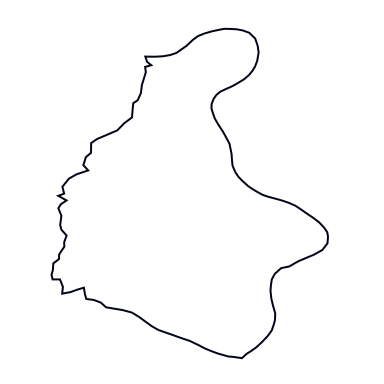 Vicente Dutra, Rio Grande do Sul, Brazil (Natural Earth projection), rotated 92°
{"feature_id": "56859067B48112165270880", "entity_name": "Vicente Dutra", "entity_type": "district", "adm_level": 2, "iso_a3": "BRA", "parent_name": "Brazil", "parent_adm1": "Rio Grande do Sul", "projection": "natural_earth1", "projection_center": [-53.396, -27.166], "detail": "fine", "context": "isolated", "style": "outline", "palette": "ink", "viewbox_px": 384, "rotation_deg": 92, "n_neighbors": 0, "source": "geoboundaries", "source_scale": "gbopen_adm2", "svg_char_len": 1936}
<svg xmlns="http://www.w3.org/2000/svg" viewBox="0 0 384 384"><g transform="rotate(92 192 192)"><path d="M263.0,92.2L257.5,83.3L253.7,75.2L250.4,68.0L245.4,59.7L238.5,54.8L232.0,54.5L227.5,55.4L222.7,59.0L217.7,64.1L213.7,69.8L208.5,78.1L205.6,82.5L202.1,88.2L199.5,94.8L197.7,100.5L195.8,108.1L194.0,116.1L192.4,121.3L189.8,126.5L187.0,131.6L184.0,136.3L178.8,142.4L175.0,146.3L170.5,149.5L164.2,152.4L159.2,153.1L152.6,153.8L142.5,156.2L136.6,159.6L130.4,163.3L123.8,168.0L117.9,171.7L112.4,173.9L108.1,175.4L103.4,175.5L97.9,173.5L93.9,170.8L90.6,166.9L87.9,161.7L85.1,155.9L82.5,151.5L77.7,144.1L73.1,139.1L68.6,135.7L64.5,133.4L58.6,131.4L50.4,130.3L43.8,131.4L36.4,134.2L30.9,140.3L28.8,146.7L27.8,153.1L27.7,159.9L27.8,165.4L29.0,170.8L30.6,177.2L33.2,185.3L35.9,191.3L39.7,196.2L46.4,202.9L50.2,208.0L53.6,212.5L55.9,218.7L57.4,225.8L58.1,234.0L58.3,243.4L63.5,241.4L66.7,237.1L68.6,243.2L73.9,242.3L86.8,245.8L94.9,246.5L102.2,249.5L105.3,253.8L109.8,254.1L119.6,254.6L125.6,262.1L133.0,268.8L142.4,288.8L146.6,294.5L156.4,294.3L160.9,299.3L169.0,301.5L174.1,296.5L178.3,307.9L182.9,315.4L191.3,321.7L198.1,319.7L200.5,325.5L204.8,317.1L208.8,322.6L212.9,325.0L220.3,321.7L229.6,322.6L234.2,321.2L239.9,315.8L246.6,318.0L251.1,317.7L259.0,322.6L263.7,322.6L268.2,328.1L274.7,328.3L279.7,329.5L284.2,328.3L284.0,320.9L291.3,317.7L298.1,318.2L296.4,310.3L293.3,302.4L291.4,296.7L297.6,295.5L302.6,293.9L303.3,286.3L305.8,279.1L310.2,273.9L311.2,266.7L312.4,257.3L314.6,247.8L319.1,239.9L323.6,233.4L327.7,227.2L331.1,220.7L333.1,214.3L335.5,206.5L337.2,201.3L338.9,195.8L340.8,189.3L344.8,180.1L348.0,173.4L350.4,166.9L352.7,159.9L355.1,150.0L355.4,144.4L356.3,136.3L351.8,131.7L348.9,127.4L344.9,122.2L339.2,116.5L332.9,111.0L327.6,107.5L321.8,105.7L316.9,104.6L310.3,104.6L302.3,107.2L295.7,109.0L288.1,110.1L282.8,109.9L276.6,109.2L270.9,106.4L265.0,100.3L263.0,92.2Z" fill="none" stroke="#020617" stroke-width="2"/></g></svg>